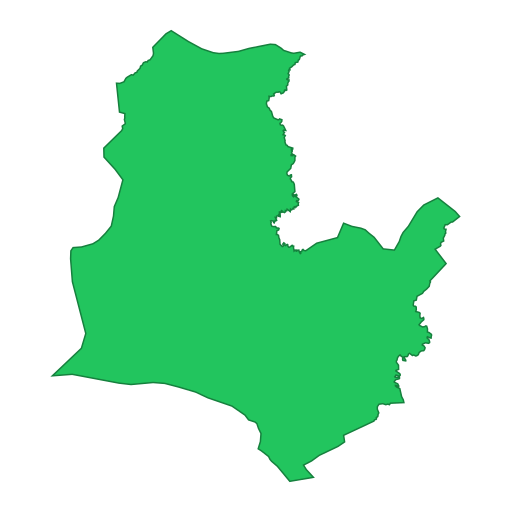 outline of Bunza, Kebbi, Nigeria
{"feature_id": "59680162B46976557303871", "entity_name": "Bunza", "entity_type": "district", "adm_level": 2, "iso_a3": "NGA", "parent_name": "Nigeria", "parent_adm1": "Kebbi", "projection": "orthographic", "projection_center": [4.015, 12.213], "detail": "fine", "context": "isolated", "style": "filled", "palette": "green", "viewbox_px": 512, "rotation_deg": 0, "n_neighbors": 0, "source": "geoboundaries", "source_scale": "gbopen_adm2", "svg_char_len": 6022}
<svg xmlns="http://www.w3.org/2000/svg" viewBox="0 0 512 512"><path d="M289.8,481.3L313.4,477.3L306.3,469.6L303.5,465.1L311.6,460.9L319.3,455.3L338.0,446.4L344.6,441.9L343.6,435.3L373.9,421.1L374.5,419.8L376.1,419.4L376.5,418.8L376.2,417.8L376.5,417.3L377.5,416.9L378.0,415.9L377.9,414.8L378.8,412.9L377.3,409.2L377.3,407.8L377.4,406.6L379.0,404.2L382.9,403.7L385.8,404.7L387.8,404.1L389.4,404.7L390.4,403.2L403.9,402.6L403.3,399.9L401.6,396.6L399.8,388.6L396.7,387.1L395.4,385.9L395.4,385.4L396.7,385.7L397.9,386.6L398.7,386.6L398.8,386.0L397.7,383.8L394.3,382.2L394.2,381.7L395.6,379.7L399.1,378.8L399.6,378.1L399.4,377.3L395.2,377.3L394.8,376.8L396.0,375.0L399.3,376.1L400.1,375.5L400.2,374.6L399.8,373.7L395.9,371.0L395.9,370.4L398.6,369.4L398.5,365.2L396.4,362.3L396.3,361.0L397.0,360.1L397.5,357.8L398.4,356.4L399.7,355.1L400.3,355.0L401.2,356.3L402.8,357.2L402.9,358.1L402.5,359.0L402.9,360.4L405.7,360.9L405.8,360.2L404.4,358.0L404.3,356.7L407.1,356.6L407.9,355.7L408.5,354.0L409.6,353.3L412.4,355.5L413.7,355.0L415.8,356.0L416.8,355.7L418.3,354.7L419.2,352.4L421.4,350.9L423.7,350.7L424.5,349.7L425.1,347.8L424.0,346.0L422.3,345.1L422.4,344.2L425.4,342.8L428.6,343.3L429.6,342.6L429.6,341.5L428.8,339.4L427.3,338.3L427.1,337.4L427.4,336.7L430.4,338.0L431.2,338.0L431.1,337.1L431.6,335.1L431.4,334.3L429.0,332.5L427.4,332.0L427.5,329.0L426.7,326.2L425.8,325.9L424.7,326.6L422.7,327.0L419.8,325.6L419.0,324.8L421.3,321.9L423.8,319.7L423.8,318.6L423.5,317.5L421.9,318.4L420.2,318.0L419.8,315.8L420.1,313.2L419.1,312.4L415.7,311.5L416.3,309.7L416.2,307.0L415.5,306.3L414.0,306.2L413.2,305.2L413.8,300.9L416.3,300.1L417.0,296.3L422.5,293.3L423.7,291.4L426.7,289.0L429.2,286.3L429.8,283.2L430.5,281.9L429.8,281.0L446.1,263.6L435.1,249.2L440.3,246.2L440.9,245.4L440.5,243.6L441.2,242.3L443.7,241.0L443.3,238.1L444.7,235.5L445.0,233.9L445.8,233.1L445.5,231.7L446.0,229.3L444.9,229.2L444.0,228.7L443.9,227.9L445.2,224.7L447.4,224.7L451.1,222.1L452.6,222.0L459.6,216.5L455.2,211.5L437.9,197.9L423.8,205.0L417.2,211.7L408.4,226.3L403.1,232.5L401.0,236.5L399.3,241.5L394.4,250.1L383.2,248.9L374.1,237.3L368.7,233.0L365.2,229.8L360.9,228.2L351.9,226.4L343.6,223.2L337.5,237.6L316.7,243.2L305.7,250.8L303.8,250.4L303.0,249.4L302.4,249.7L301.6,251.6L300.2,251.7L300.7,253.4L300.3,253.6L299.1,251.6L298.9,250.1L297.7,250.2L296.6,251.2L296.1,251.0L296.3,250.1L295.0,250.1L294.1,251.0L293.5,247.6L293.7,246.2L292.2,246.0L292.4,245.4L292.1,245.3L289.4,247.3L288.6,247.2L287.9,246.1L287.7,244.6L287.2,244.4L285.5,245.6L284.9,245.4L284.9,243.6L283.8,242.8L282.8,244.1L283.3,245.2L283.1,246.3L282.6,246.6L282.0,246.4L280.0,244.2L279.7,239.7L278.9,237.8L278.5,235.3L277.2,234.4L276.4,234.5L276.9,230.6L278.6,230.0L279.1,228.6L278.7,228.1L276.3,227.9L275.8,226.7L275.1,226.4L274.1,226.7L271.8,226.3L270.8,223.7L271.2,222.6L270.6,220.9L271.2,220.6L273.2,221.0L273.7,222.6L274.2,222.9L275.1,220.5L275.8,220.9L276.7,220.3L275.3,217.5L276.5,217.7L276.5,216.2L278.0,215.7L278.6,214.8L278.7,216.3L280.2,216.7L280.2,214.8L279.3,214.4L280.0,213.7L279.3,212.1L279.8,211.9L280.7,212.4L281.5,210.6L282.2,211.0L282.2,212.2L283.3,212.0L284.4,212.6L285.5,211.8L285.4,210.5L286.7,210.8L287.1,209.2L290.2,211.6L290.5,209.3L291.1,210.0L291.8,209.8L292.6,208.7L293.6,209.0L293.4,208.0L294.9,207.7L294.4,206.8L295.4,206.5L296.2,206.9L297.2,205.7L298.4,205.3L298.2,203.6L298.6,202.5L296.4,201.6L296.6,200.6L297.9,200.8L298.9,199.6L298.8,199.0L295.4,196.4L295.7,195.8L296.9,195.7L296.9,195.1L296.4,194.3L294.7,195.1L293.4,194.5L294.0,196.2L293.6,196.8L292.8,196.2L292.3,195.2L292.3,193.9L294.9,191.6L294.3,184.3L293.3,182.1L291.6,181.6L291.6,180.7L290.3,178.9L290.6,177.7L291.6,176.8L291.4,174.8L290.3,175.0L290.1,175.7L289.3,176.0L288.4,175.7L287.4,175.1L286.8,173.4L287.1,171.9L290.7,168.4L291.4,164.8L293.2,163.6L294.1,162.1L294.9,160.5L294.9,157.1L295.6,156.1L293.6,154.6L292.9,155.0L292.8,155.7L291.1,155.6L291.1,154.7L292.2,154.0L291.5,152.2L292.2,151.4L292.2,150.1L291.5,150.3L291.4,149.2L292.7,149.1L292.8,148.1L288.0,146.6L287.1,145.3L286.0,144.9L284.9,142.0L285.1,140.6L284.2,137.4L285.3,135.6L284.5,135.0L283.1,134.7L284.5,132.3L283.5,131.7L283.2,130.6L283.7,130.1L285.7,130.4L283.5,125.9L282.6,125.1L281.5,125.3L280.3,124.7L279.9,123.3L280.9,122.6L281.8,121.3L281.9,119.7L279.5,118.9L278.9,119.7L278.0,119.8L273.9,118.0L272.8,116.4L271.4,111.4L270.1,110.3L269.2,108.2L267.4,106.9L266.4,103.8L266.8,101.1L268.7,100.6L269.2,97.9L269.0,96.3L270.9,96.6L272.0,96.0L273.9,96.0L274.3,95.2L273.6,93.9L276.2,92.2L278.3,92.2L279.1,91.7L280.1,92.1L281.1,93.8L283.4,92.8L284.4,91.3L284.5,90.2L285.2,89.8L285.9,90.5L286.8,90.0L286.4,86.2L287.8,84.9L287.7,83.5L288.3,81.9L289.0,81.1L289.0,79.9L287.3,79.8L286.8,79.3L287.0,78.7L288.8,77.9L288.6,76.4L289.1,75.3L289.0,74.5L288.1,73.7L288.9,71.9L289.1,71.1L288.6,70.3L289.0,69.8L290.0,69.8L289.5,68.3L291.9,66.7L293.6,64.9L294.9,64.5L295.3,62.6L297.8,62.1L298.4,59.9L299.3,59.6L300.3,56.3L300.9,55.8L301.9,56.0L302.6,55.1L304.5,54.4L300.1,52.2L293.8,53.3L291.3,52.9L283.6,50.4L281.3,48.3L275.4,44.6L270.3,44.2L249.1,48.4L238.5,51.4L223.3,53.3L219.0,53.5L213.2,52.7L201.7,48.8L188.3,41.5L171.2,30.7L166.0,33.8L152.8,47.3L153.5,53.2L153.1,55.6L150.1,59.8L148.1,60.5L147.4,61.9L145.6,61.8L143.5,62.7L142.1,65.3L140.6,66.1L140.0,68.4L137.3,71.0L136.8,72.4L135.2,72.8L133.2,75.1L131.4,74.7L127.2,77.2L125.9,78.3L124.0,81.8L119.8,83.4L116.5,83.2L119.5,112.1L124.9,113.6L124.7,117.2L124.9,117.7L124.4,119.5L125.3,123.2L125.1,123.9L122.2,126.1L122.7,128.6L121.6,130.7L103.8,148.1L104.0,157.1L115.1,169.3L122.9,179.8L118.2,197.5L114.3,206.6L113.5,216.1L111.3,226.1L105.5,233.3L98.7,240.2L92.9,243.8L81.5,247.0L73.1,247.6L70.9,250.8L70.6,258.8L72.4,281.7L85.8,333.5L81.4,348.3L52.4,375.8L72.2,374.3L118.9,383.1L131.0,384.5L153.1,382.5L164.8,383.4L178.2,386.9L195.5,392.0L207.9,397.8L232.0,406.1L245.0,415.1L248.6,419.9L255.0,422.0L256.9,423.6L258.5,428.4L261.0,433.5L260.4,441.6L258.2,448.8L261.2,450.7L268.6,456.5L270.0,459.4L271.7,461.4L277.3,466.2L289.8,481.3Z" fill="#22c55e" stroke="#15803d" stroke-width="1.5"/></svg>